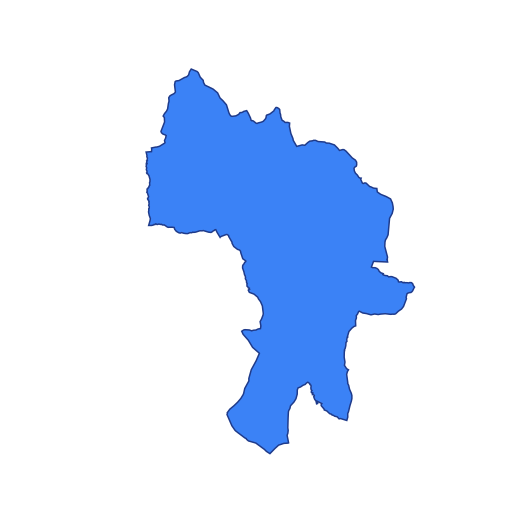 Iacobeni, Sibiu, Romania (Mercator projection), rotated 45°
{"feature_id": "2599482B5039052337830", "entity_name": "Iacobeni", "entity_type": "district", "adm_level": 2, "iso_a3": "ROU", "parent_name": "Romania", "parent_adm1": "Sibiu", "projection": "mercator", "projection_center": [24.761, 46.032], "detail": "fine", "context": "isolated", "style": "filled", "palette": "blue", "viewbox_px": 512, "rotation_deg": 45, "n_neighbors": 0, "source": "geoboundaries", "source_scale": "gbopen_adm2", "svg_char_len": 6140}
<svg xmlns="http://www.w3.org/2000/svg" viewBox="0 0 512 512"><g transform="rotate(45 256 256)"><path d="M347.6,388.6L359.0,393.1L364.5,394.1L366.1,394.0L376.9,392.5L378.1,392.0L378.9,392.3L381.4,392.1L388.1,388.4L398.7,386.8L401.5,386.8L405.6,385.9L405.5,378.9L405.7,373.8L408.2,368.8L411.0,365.6L411.2,365.1L404.8,360.8L403.9,358.9L402.1,356.6L400.0,355.0L393.1,347.7L389.2,343.4L388.5,342.3L387.8,339.9L386.3,337.5L386.1,332.5L385.2,328.7L382.8,324.5L379.9,321.5L379.0,319.5L380.1,317.1L380.7,314.0L381.6,312.0L381.5,310.1L381.9,308.6L384.3,308.2L385.0,308.8L385.8,308.5L386.8,308.9L388.2,310.6L389.5,311.5L390.7,311.6L390.8,312.5L391.5,313.3L392.1,313.4L392.5,312.8L393.1,312.6L393.9,314.1L395.0,313.4L395.9,313.4L396.2,313.7L396.3,314.7L398.7,315.8L401.1,316.2L403.4,317.7L403.9,316.7L402.1,315.4L406.9,313.8L407.2,315.0L407.9,315.7L412.5,316.1L413.1,316.6L415.6,315.5L419.6,315.4L421.3,314.5L422.1,314.7L423.5,313.9L424.8,313.7L427.1,312.3L429.9,312.4L430.8,311.1L436.5,308.1L434.8,305.0L432.3,302.6L431.5,300.7L428.2,295.3L426.1,291.3L424.6,289.0L422.5,286.9L420.5,285.7L416.4,284.1L412.9,281.9L410.8,281.2L410.5,280.7L403.8,275.6L402.3,273.0L401.9,271.1L399.7,271.6L395.9,270.8L393.9,268.1L389.9,265.2L386.1,261.2L385.6,260.2L385.0,260.1L384.4,258.3L382.9,255.9L380.7,253.4L380.7,252.1L379.2,250.9L378.3,249.5L378.2,248.5L377.8,248.6L375.1,243.7L374.8,239.3L375.1,236.6L375.9,234.9L372.0,231.3L370.8,228.8L369.1,227.3L368.8,225.2L367.9,222.9L368.0,222.0L371.8,220.8L374.8,218.6L378.9,216.3L380.9,213.1L383.8,211.0L385.0,209.2L388.2,205.4L392.5,202.0L393.7,200.5L394.9,199.4L395.6,198.2L395.7,194.3L396.4,190.6L396.0,187.4L392.6,179.8L391.4,179.1L389.5,176.0L389.6,175.1L389.9,174.3L390.8,172.8L391.3,172.4L391.5,171.1L391.4,169.9L390.3,166.8L390.1,165.9L388.1,165.6L386.3,164.8L384.8,164.9L383.5,166.0L383.1,167.0L381.5,168.2L380.0,169.8L379.3,169.9L379.3,170.4L378.9,170.9L377.0,171.4L375.8,173.0L375.0,173.5L373.6,172.6L370.8,172.7L366.7,174.5L365.8,175.3L364.6,176.9L362.8,177.1L361.1,178.5L359.4,179.3L358.8,179.4L358.5,178.5L356.1,179.6L353.9,179.7L352.1,179.1L350.2,179.3L348.4,180.1L346.7,181.8L345.4,182.2L342.9,176.7L353.3,167.2L351.6,166.0L351.2,166.0L351.1,165.3L350.6,165.0L350.0,164.0L349.5,163.6L340.3,158.2L337.3,154.9L336.2,153.1L335.6,150.6L334.4,147.6L323.8,134.9L322.2,129.6L319.9,125.8L317.9,124.1L314.8,122.0L310.8,120.5L306.3,121.8L300.6,124.2L296.8,124.9L296.4,124.9L293.7,122.8L291.1,124.9L288.0,126.0L287.3,126.5L282.4,126.6L281.3,127.3L280.5,129.0L279.6,129.2L275.9,127.8L275.3,126.6L274.4,127.4L273.1,127.7L270.5,127.1L267.7,127.1L265.4,126.3L263.3,124.7L263.0,123.5L263.4,121.5L262.7,120.3L260.8,118.5L258.5,117.9L254.7,118.6L245.5,118.2L243.0,118.6L242.0,119.5L240.4,122.3L237.4,122.0L232.9,122.0L227.9,124.5L225.9,126.4L224.0,126.8L218.9,131.2L216.4,132.1L215.0,133.4L214.5,134.6L212.8,136.8L212.4,139.1L212.2,143.2L210.1,144.8L207.3,149.7L200.6,147.9L199.0,146.8L194.0,144.7L187.9,140.7L185.8,138.2L184.1,139.0L182.1,141.0L180.0,141.1L178.6,141.6L175.2,140.1L173.1,138.4L172.0,138.0L169.2,135.7L167.9,135.6L166.2,136.0L165.2,136.7L165.1,137.0L165.6,139.8L166.0,140.7L165.4,145.7L163.9,148.9L164.0,149.4L165.2,151.0L165.7,152.3L165.9,155.6L165.1,157.6L163.3,160.6L163.1,161.4L162.3,162.0L158.7,162.4L157.6,162.9L157.1,163.5L156.6,163.5L154.5,162.3L149.5,160.5L146.6,159.8L145.0,162.6L144.9,163.5L144.4,164.7L143.3,165.9L143.6,168.1L142.7,171.1L140.4,174.1L139.6,174.7L137.5,174.6L135.4,173.8L128.2,170.0L122.9,169.6L118.8,169.7L113.5,167.8L107.7,168.3L99.0,171.3L96.2,170.4L94.4,169.1L90.1,169.0L85.5,167.2L83.9,167.2L78.0,169.6L78.7,172.8L80.3,175.6L80.4,177.6L80.0,178.9L79.2,180.4L77.5,186.4L75.7,188.8L75.5,189.8L77.3,192.5L83.0,197.0L83.2,197.6L83.2,199.2L82.2,202.2L81.9,203.8L82.4,205.8L85.0,208.0L86.2,210.1L89.5,214.5L90.3,216.9L90.6,219.9L91.4,222.7L93.3,222.9L96.6,225.9L100.7,235.1L102.0,235.7L103.9,235.6L106.4,234.5L107.4,234.4L108.2,235.9L108.6,236.2L109.6,239.0L111.5,240.2L111.6,240.7L110.2,246.6L108.8,249.1L108.0,250.0L105.7,253.5L106.8,254.3L108.3,256.1L104.8,260.2L107.9,262.1L108.7,263.1L109.9,263.4L111.1,265.1L111.5,265.2L111.4,266.1L112.3,266.5L112.8,267.8L113.7,267.7L113.8,268.2L113.5,268.6L114.8,269.9L114.9,270.3L116.3,270.9L117.5,272.6L118.6,272.9L120.0,274.1L119.9,274.6L120.5,274.8L120.7,274.4L123.5,274.9L126.9,276.8L128.6,278.6L128.7,279.2L130.9,281.2L131.0,282.4L131.5,282.9L131.5,284.2L131.9,284.7L131.6,285.6L132.4,286.5L133.3,287.0L133.6,288.1L134.6,288.2L138.1,290.0L138.7,291.2L138.5,291.8L139.1,292.4L140.1,292.7L140.5,292.5L141.5,293.1L141.9,293.1L142.3,293.8L143.7,294.8L144.2,296.0L145.7,296.6L146.7,297.8L146.7,298.4L148.1,299.7L148.8,300.8L151.8,302.8L154.8,304.2L156.0,305.8L158.5,310.3L160.6,308.2L161.5,306.7L161.6,305.7L162.3,305.4L162.4,304.1L163.8,303.7L164.7,302.1L166.7,300.8L166.8,300.4L168.2,300.0L169.2,298.9L172.8,298.2L173.6,297.8L176.4,294.9L178.0,293.7L179.6,294.6L182.2,294.9L184.9,294.2L186.2,293.4L186.8,292.1L189.0,290.9L190.7,289.6L191.9,288.4L192.8,286.2L194.1,285.0L194.5,283.8L195.3,283.3L196.5,281.7L198.5,277.8L200.1,276.3L200.7,275.3L205.4,272.8L207.5,271.2L207.9,269.9L208.1,268.0L208.5,267.4L208.4,266.5L208.9,265.8L211.7,266.8L217.4,268.2L217.3,267.7L217.7,266.4L219.8,261.8L220.7,261.1L222.3,261.0L222.9,261.5L229.2,263.2L230.2,264.0L233.6,265.0L238.2,264.4L240.2,263.4L241.7,263.6L243.2,264.6L248.6,267.3L252.2,266.7L252.7,267.2L252.5,268.6L253.0,269.7L253.1,271.3L253.5,272.4L255.0,274.0L258.6,275.7L261.2,277.4L262.2,277.6L263.8,278.6L264.2,279.3L264.8,279.7L266.7,280.2L268.0,281.4L269.2,281.7L269.2,282.0L271.0,283.7L272.1,283.6L273.1,284.0L274.0,283.5L274.3,284.0L274.9,284.0L274.6,285.3L274.7,285.6L277.0,286.4L281.4,284.4L286.3,283.9L288.1,284.6L291.5,285.1L295.8,286.8L301.8,291.5L302.7,292.7L304.5,296.7L305.3,299.5L308.9,302.0L310.5,304.2L309.1,306.1L308.3,308.4L306.7,310.3L305.8,312.0L303.6,313.0L300.3,315.9L299.6,317.0L299.1,319.3L302.3,320.5L310.2,321.0L318.2,323.0L327.2,322.4L330.2,330.0L333.1,339.8L337.5,347.6L339.3,349.4L341.7,357.6L344.5,362.0L345.0,363.3L346.0,367.4L346.4,372.4L346.3,377.5L345.8,382.8L346.5,387.2L347.0,387.4L347.6,388.6Z" fill="#3b82f6" stroke="#1e3a8a" stroke-width="1.5"/></g></svg>